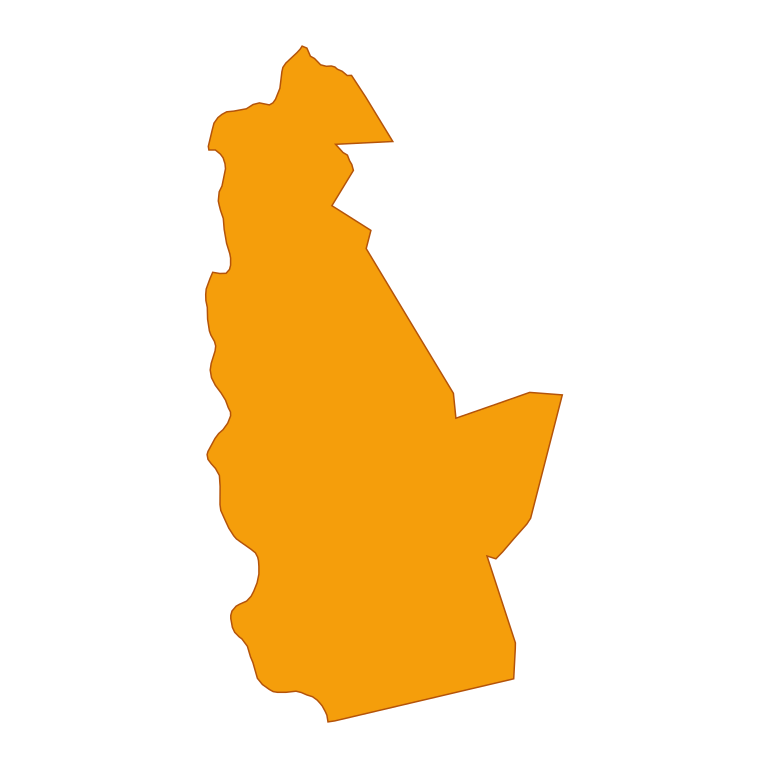 Palmeirais, Piauí, Brazil (Robinson projection)
{"feature_id": "56859067B30993102751399", "entity_name": "Palmeirais", "entity_type": "district", "adm_level": 2, "iso_a3": "BRA", "parent_name": "Brazil", "parent_adm1": "Piauí", "projection": "robinson", "projection_center": [-43.023, -5.84], "detail": "fine", "context": "isolated", "style": "filled", "palette": "amber", "viewbox_px": 768, "rotation_deg": 0, "n_neighbors": 0, "source": "geoboundaries", "source_scale": "gbopen_adm2", "svg_char_len": 2079}
<svg xmlns="http://www.w3.org/2000/svg" viewBox="0 0 768 768"><path d="M212.3,129.6L208.3,146.4L208.9,150.0L215.4,150.0L220.4,154.1L223.1,157.8L225.0,163.7L225.5,168.8L223.4,179.2L222.0,186.0L219.2,191.8L218.6,197.7L218.3,201.0L219.2,205.2L220.5,210.3L223.3,218.5L224.2,229.5L226.6,243.4L229.8,253.7L230.6,258.1L230.6,265.2L229.5,269.4L226.1,273.3L219.8,273.5L212.7,272.3L210.0,278.6L206.2,289.0L205.7,294.6L205.9,300.6L207.3,307.4L207.6,319.2L209.4,330.9L210.9,335.1L214.5,341.5L215.7,346.0L215.1,350.9L211.2,363.4L210.2,370.0L211.5,377.7L215.4,385.4L221.1,393.0L225.5,400.1L228.3,407.7L230.5,412.0L230.6,415.9L227.7,423.2L223.0,429.7L218.7,433.5L215.1,438.3L208.0,451.4L207.1,454.6L208.0,459.4L211.2,463.7L215.5,468.5L219.4,475.5L220.1,486.4L220.0,504.6L220.8,510.5L225.7,521.4L228.8,528.1L233.8,535.9L236.4,538.9L240.8,542.1L250.8,549.1L255.4,552.8L257.7,557.2L258.5,560.7L258.9,566.4L258.9,574.1L257.1,582.8L253.8,591.1L251.1,596.3L246.6,601.1L239.4,604.3L236.1,606.2L232.0,611.0L230.8,615.3L230.8,618.6L232.4,627.4L234.7,632.3L239.1,636.8L241.9,638.9L247.4,646.3L250.5,656.8L252.9,662.5L257.4,678.3L262.4,684.5L269.4,689.5L273.2,691.6L277.4,692.3L286.0,692.3L296.0,691.2L301.3,692.5L306.8,694.9L312.5,696.7L317.2,700.1L320.0,703.2L322.2,705.9L325.3,711.6L326.9,715.2L328.0,721.9L334.7,720.9L398.8,705.8L417.6,701.4L513.7,678.8L515.3,648.3L515.4,642.9L487.0,556.0L495.9,558.8L502.6,551.9L513.7,538.9L526.9,524.0L528.8,521.0L530.6,518.3L562.3,394.9L529.7,392.4L490.1,406.3L455.9,418.2L453.4,393.3L414.5,328.9L366.2,248.6L370.9,230.4L355.6,220.7L331.9,205.7L353.4,170.4L351.8,164.5L349.6,160.8L347.4,155.1L343.0,152.5L335.6,144.3L392.8,141.5L385.3,129.2L365.6,96.9L351.5,75.4L347.2,75.5L342.2,71.3L337.4,69.2L334.9,67.0L331.3,66.0L326.3,66.3L320.6,64.8L314.5,58.5L310.4,56.2L306.9,48.1L302.1,46.1L300.2,49.1L296.8,52.8L285.9,63.0L282.9,67.4L281.9,71.7L280.8,80.9L279.9,88.3L275.5,99.3L272.9,102.9L269.4,104.9L259.4,102.9L253.1,104.5L246.3,108.8L233.8,111.1L226.7,111.8L221.9,114.4L218.0,117.5L214.0,123.1L212.3,129.6Z" fill="#f59e0b" stroke="#b45309" stroke-width="1.5"/></svg>